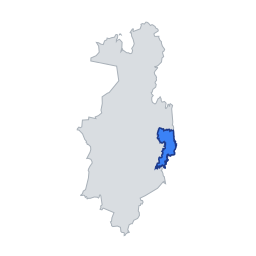 location of North Kazakhstan within Kazakhstan, rotated 97°
{"feature_id": "KAZ-3204", "entity_name": "North Kazakhstan", "entity_type": "Region", "adm_level": 1, "iso_a3": "KAZ", "parent_name": "Kazakhstan", "parent_adm1": "", "projection": "equal_earth", "projection_center": [70.634, 53.821], "detail": "fine", "context": "in_parent", "style": "filled", "palette": "blue", "viewbox_px": 256, "rotation_deg": 97, "n_neighbors": 0, "source": "natural_earth", "source_scale": "10m", "svg_char_len": 8009}
<svg xmlns="http://www.w3.org/2000/svg" viewBox="0 0 256 256"><g transform="rotate(97 128 128)"><path d="M149.3,166.4L148.0,167.0L147.3,167.9L146.3,167.6L144.6,169.5L139.3,172.4L136.1,176.4L136.0,178.2L135.1,178.2L133.1,176.9L133.5,175.3L132.5,174.0L125.7,174.2L124.6,168.2L121.9,168.2L122.6,161.0L121.0,161.9L119.3,158.8L116.2,155.9L113.6,157.0L106.9,156.5L100.2,157.5L95.9,152.6L95.1,151.0L82.3,142.9L68.0,146.8L66.0,173.1L63.0,173.3L60.1,168.4L56.3,165.8L50.3,167.1L46.9,169.8L47.0,167.5L48.1,165.1L48.2,162.7L44.4,161.9L43.0,159.8L41.3,159.7L41.6,157.5L40.5,155.6L39.5,152.5L36.9,151.5L36.6,150.6L36.9,149.7L37.5,149.4L40.0,149.4L41.6,150.3L43.6,150.1L42.4,149.5L41.0,147.3L43.6,144.3L49.1,143.9L53.2,144.4L51.1,142.8L53.5,138.4L53.3,136.5L54.0,135.1L53.6,133.8L52.8,133.2L50.5,132.9L48.6,134.0L45.9,132.6L43.6,132.1L39.4,133.7L36.3,135.6L33.4,136.2L33.3,136.9L33.0,136.7L32.5,137.1L32.6,137.4L29.4,135.8L29.0,135.3L29.1,134.7L31.0,134.9L31.5,134.4L28.1,128.0L24.6,127.3L23.5,127.8L22.6,126.4L22.8,124.4L20.8,123.2L20.7,122.1L21.4,120.5L23.5,118.2L22.5,116.8L22.7,115.9L24.0,113.5L25.5,112.5L26.1,110.7L27.2,109.9L28.2,110.0L31.0,113.5L31.5,113.7L33.3,113.0L33.8,112.5L33.2,108.5L34.2,108.6L37.1,106.9L38.2,105.4L39.9,105.1L42.6,103.8L45.4,101.2L47.3,101.7L48.1,102.8L49.4,102.8L52.8,101.3L54.4,102.8L58.4,102.8L62.2,105.7L63.4,107.4L63.6,108.7L64.0,109.0L64.6,108.2L64.2,106.3L64.7,105.9L68.2,108.1L69.9,108.7L71.9,107.8L72.4,107.0L74.3,105.8L75.0,106.1L77.1,105.5L79.2,106.7L80.3,106.4L81.3,105.3L84.0,105.5L86.6,108.0L89.5,108.4L89.8,109.3L91.3,108.7L92.7,106.9L94.5,108.1L97.2,107.9L99.6,106.9L100.8,104.4L100.7,103.8L99.7,103.1L95.2,101.7L94.8,100.9L93.1,99.9L95.2,98.6L96.5,98.5L98.2,97.3L97.2,95.1L98.7,93.2L103.4,93.4L104.0,93.0L103.7,92.3L102.0,91.5L99.6,91.2L99.5,90.9L99.9,90.2L101.4,89.7L101.2,89.3L100.0,89.5L98.7,89.1L100.1,86.5L103.6,87.0L116.5,84.3L118.9,84.2L119.6,84.5L120.4,83.4L121.7,82.8L125.4,82.5L135.2,80.6L135.6,80.1L135.4,79.4L137.0,79.2L139.3,78.0L141.9,78.2L145.3,79.4L148.1,78.5L148.9,79.6L150.3,82.9L150.2,84.4L149.7,85.0L149.9,85.3L151.1,85.7L154.4,85.4L155.4,84.6L156.4,85.9L156.7,87.0L157.4,86.7L157.3,86.1L157.6,85.8L159.0,86.0L160.7,86.9L163.1,86.4L162.9,87.1L161.1,88.5L161.0,89.2L161.6,90.2L163.9,89.1L165.7,89.3L166.4,89.9L166.9,88.9L168.8,87.8L170.7,87.3L171.5,86.9L171.8,86.1L178.7,83.9L177.9,85.8L176.7,85.7L177.1,86.5L184.2,91.3L193.1,102.7L196.1,107.4L198.3,106.3L198.3,104.7L199.7,104.0L201.8,104.7L201.6,106.1L203.3,106.2L203.8,107.7L209.1,107.7L210.4,106.6L213.4,106.0L216.6,107.4L218.9,111.0L222.5,112.1L222.6,113.2L224.0,115.1L229.0,115.9L231.4,114.0L231.8,114.6L231.3,115.5L232.4,116.0L233.5,117.3L234.8,117.8L235.3,118.7L232.6,118.9L232.3,119.6L232.4,121.3L231.6,122.4L227.5,123.4L226.6,126.6L227.7,131.1L226.9,132.4L225.6,132.6L223.3,134.0L222.6,133.0L219.1,133.0L213.7,131.6L210.6,142.6L210.7,143.1L212.3,143.8L212.4,144.7L212.0,145.9L210.5,145.2L208.8,145.6L207.4,144.3L198.7,146.7L197.7,147.6L198.4,148.2L199.8,148.1L201.1,148.8L200.4,149.9L200.6,153.1L202.4,156.9L202.6,158.8L203.3,159.8L203.2,160.2L202.4,160.1L201.2,160.7L201.2,161.2L202.1,161.9L200.3,162.9L200.1,163.7L200.8,166.5L200.5,166.8L198.8,165.2L196.1,164.7L194.3,162.6L182.5,161.2L176.2,161.4L175.1,162.3L173.6,162.2L170.6,161.1L167.2,159.3L165.8,159.6L163.6,161.0L162.9,163.9L163.3,165.2L156.6,162.7L153.8,162.3L151.0,162.9L149.0,165.7L149.3,166.4ZM36.5,147.8L36.0,148.0L35.5,147.2L35.8,146.5L36.3,146.2L35.8,147.1L36.5,147.8ZM50.5,143.9L50.0,143.8L49.8,143.4L50.4,143.1L50.5,143.9Z" fill="#d9dde1" stroke="#a8b0b8" stroke-width="1"/><path d="M139.1,77.8L140.0,78.0L140.2,78.3L140.3,78.4L140.5,78.4L141.0,78.1L141.8,78.3L142.8,78.4L143.4,78.6L143.5,78.7L143.9,79.1L144.1,79.2L144.5,79.2L144.7,79.3L145.4,79.6L145.5,79.6L145.7,79.4L145.8,79.3L146.2,79.2L146.3,79.2L146.4,78.9L146.6,78.7L147.1,78.8L147.4,78.7L147.5,78.6L148.0,78.5L148.3,78.5L148.5,78.6L148.3,78.8L148.3,79.0L149.2,79.8L149.3,79.9L149.2,80.3L149.2,80.6L149.3,80.8L149.2,80.9L149.1,81.0L149.3,81.4L149.4,81.5L149.4,81.8L149.6,82.0L149.9,82.1L150.1,82.1L150.3,82.1L150.5,82.2L150.7,82.4L150.7,82.5L150.6,82.8L150.3,82.9L150.1,83.0L150.1,83.6L150.2,83.8L150.2,84.1L150.4,84.1L150.3,84.7L150.0,84.7L149.6,84.6L149.4,84.6L149.2,84.8L149.3,85.0L149.6,85.0L149.7,85.3L149.6,85.5L149.8,85.6L150.1,86.0L150.3,86.0L150.5,85.9L150.9,85.5L151.0,85.4L151.3,85.5L151.5,85.5L151.8,85.7L151.8,86.0L152.2,85.9L152.3,85.9L152.5,86.0L153.0,85.8L153.0,85.5L153.0,85.3L153.0,85.2L154.2,85.2L154.3,85.2L154.4,85.3L154.5,85.3L154.8,85.7L154.9,85.8L155.1,85.9L155.3,85.8L155.4,85.7L155.3,85.4L155.0,85.4L154.9,85.3L154.8,85.2L154.9,84.7L154.6,84.5L154.6,84.4L155.2,84.4L155.3,84.4L155.5,84.6L155.7,84.8L155.8,85.0L156.1,85.1L156.1,85.3L155.9,85.5L156.9,85.8L156.8,86.0L156.7,86.0L156.3,86.1L156.2,86.1L156.3,86.3L156.5,86.5L156.3,87.1L156.6,87.3L156.9,87.2L157.1,87.0L157.2,86.9L157.3,86.8L157.8,87.0L158.0,86.9L157.9,86.7L157.7,86.4L157.4,86.3L157.0,86.4L157.0,86.2L157.3,85.9L157.6,85.8L158.9,85.9L159.2,85.9L159.3,85.9L159.3,86.0L159.4,86.4L159.6,86.5L159.8,86.8L161.3,87.1L161.4,86.9L161.5,86.8L161.9,87.0L162.0,87.0L162.1,86.9L162.1,86.7L162.4,86.5L162.5,86.5L162.5,86.4L162.4,86.3L162.5,86.2L162.8,86.2L162.9,86.3L163.2,86.3L163.0,87.3L162.9,87.5L162.7,87.6L161.9,87.5L161.7,87.5L161.5,87.8L161.3,88.0L161.2,88.1L161.1,88.7L160.9,88.7L160.7,88.8L160.7,89.0L160.8,89.2L160.7,89.4L161.5,89.7L161.3,90.1L161.6,90.3L161.8,90.2L162.5,91.1L162.2,91.2L161.9,91.4L161.8,91.8L162.0,92.2L162.4,92.0L162.7,91.7L162.9,91.6L163.0,91.7L163.5,91.8L163.1,92.2L162.9,92.6L162.5,93.2L162.4,93.4L162.8,93.2L163.1,93.3L163.0,93.6L162.9,94.1L163.5,94.2L163.9,93.7L164.5,93.6L164.9,93.9L164.7,94.4L164.6,94.6L164.5,94.9L164.3,95.3L164.1,95.1L163.5,94.8L163.4,94.8L163.5,95.3L164.2,95.5L164.6,95.8L163.0,95.7L162.1,95.1L159.9,94.6L159.4,94.5L159.3,93.7L159.1,93.4L159.1,93.0L158.8,92.7L158.6,92.9L158.3,92.9L157.7,93.0L157.2,93.0L156.8,93.0L155.7,93.6L154.1,93.6L153.4,93.4L153.1,92.9L153.4,92.6L153.4,92.0L153.6,91.7L153.4,91.5L152.9,91.0L152.5,90.6L151.3,91.1L151.0,91.2L150.7,91.1L149.9,90.9L149.9,90.6L149.7,90.4L148.4,90.4L147.7,90.5L147.5,90.9L147.2,91.1L147.0,91.5L146.7,91.3L146.4,90.9L145.9,90.7L145.2,90.7L144.9,90.7L145.1,90.4L145.3,90.2L145.2,89.9L144.6,89.9L144.4,89.8L144.2,89.9L144.2,89.5L144.0,89.0L143.8,88.8L143.5,88.6L142.6,88.7L141.8,89.0L141.6,89.2L141.6,89.4L141.8,89.6L141.8,89.8L141.5,89.8L141.3,89.3L141.1,89.3L140.9,89.1L140.4,88.8L140.2,88.9L139.9,89.1L139.5,89.1L139.5,88.9L139.3,88.9L138.9,89.0L138.6,89.0L138.7,89.4L138.8,89.5L138.5,89.5L137.9,89.6L138.0,89.8L137.8,90.0L137.5,90.3L137.1,90.5L137.5,91.0L137.8,91.3L138.3,91.5L138.6,91.9L138.8,92.3L138.7,93.0L138.3,93.2L138.4,94.2L138.5,94.3L137.8,94.5L137.5,94.8L137.0,94.9L136.8,95.2L136.8,95.4L136.6,95.5L136.4,95.7L136.2,95.7L135.2,96.1L134.8,96.1L134.9,96.4L135.2,96.8L134.7,97.3L134.3,97.4L134.3,97.5L134.2,97.7L133.7,97.6L132.5,97.0L131.9,96.9L131.3,97.0L131.2,97.9L130.2,98.0L129.7,98.1L128.0,97.8L127.3,97.8L127.1,97.4L125.9,97.4L125.4,97.5L125.0,97.0L124.1,96.8L124.2,95.7L124.4,94.7L124.8,94.4L124.8,93.9L124.9,93.6L124.7,93.3L124.6,93.2L124.5,92.9L124.8,92.5L125.9,92.4L126.4,92.1L125.9,91.8L125.7,91.4L125.7,90.7L125.5,90.0L124.9,89.9L124.7,89.3L125.2,88.9L125.3,88.3L124.9,87.9L124.6,87.9L124.4,87.3L124.3,86.7L124.8,86.4L126.1,86.0L125.7,85.5L125.1,85.3L124.8,85.0L125.4,84.8L124.8,82.7L126.6,82.2L126.9,82.2L127.5,82.2L127.8,82.2L128.1,82.0L128.2,81.9L129.2,81.9L129.4,81.9L129.7,81.7L129.8,81.7L130.2,81.7L130.4,81.7L130.5,81.6L130.6,81.4L130.8,81.3L131.2,81.4L131.6,81.3L132.5,81.3L132.8,81.2L133.2,81.1L133.5,80.7L133.8,80.6L134.4,80.8L135.2,80.7L135.3,80.6L135.4,80.4L135.5,80.4L135.6,80.2L135.8,80.1L135.5,79.8L135.3,79.7L135.3,79.4L135.6,79.3L135.7,79.2L135.9,79.3L136.0,79.3L136.3,79.2L136.8,79.3L137.1,79.2L137.4,79.2L137.5,79.2L137.5,78.9L137.8,78.7L137.8,78.4L137.9,78.2L138.0,78.3L138.5,78.3L139.0,78.7L139.1,78.8L139.2,78.7L139.3,78.6L139.3,78.3L139.1,78.2L138.9,77.9L139.0,77.8L139.1,77.8Z" fill="#3b82f6" stroke="#1e3a8a" stroke-width="1.5"/></g></svg>